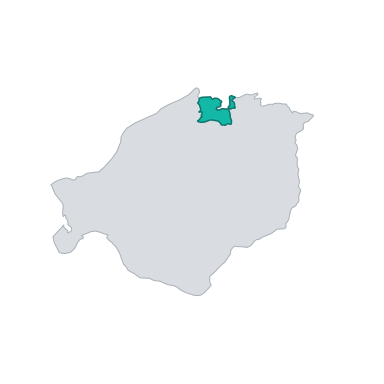 Romania, with Mehedinti highlighted, rotated 145°
{"feature_id": "ROU-124", "entity_name": "Mehedinti", "entity_type": "County", "adm_level": 1, "iso_a3": "ROU", "parent_name": "Romania", "parent_adm1": "", "projection": "equal_earth", "projection_center": [22.715, 44.596], "detail": "fine", "context": "in_parent", "style": "filled", "palette": "teal", "viewbox_px": 384, "rotation_deg": 145, "n_neighbors": 0, "source": "natural_earth", "source_scale": "10m", "svg_char_len": 5908}
<svg xmlns="http://www.w3.org/2000/svg" viewBox="0 0 384 384"><g transform="rotate(145 192 192)"><path d="M289.9,211.1L293.2,215.2L297.3,217.4L306.8,219.6L307.6,219.4L307.7,218.9L307.0,218.4L306.9,217.6L307.3,216.7L308.6,216.6L310.8,217.4L314.8,216.2L320.6,213.0L326.1,212.3L331.1,214.3L333.8,216.5L335.5,218.6L335.1,221.3L334.8,222.9L333.8,229.7L332.9,232.2L331.6,235.1L316.2,238.4L317.1,236.8L316.7,234.0L315.9,231.8L317.3,229.9L313.8,229.1L312.3,230.2L311.2,232.1L312.4,236.4L310.8,238.7L310.2,240.1L310.2,243.2L309.2,244.6L309.1,246.1L311.6,245.7L310.5,248.4L306.1,253.6L304.5,256.8L305.3,269.2L303.5,276.6L303.4,278.8L298.4,278.9L296.9,278.7L292.2,277.6L286.8,275.6L283.6,271.8L281.6,269.0L277.1,270.3L276.3,269.9L275.0,268.6L271.6,267.7L267.5,267.7L258.0,262.7L257.0,261.9L249.7,262.7L238.8,265.2L230.4,268.2L221.9,273.7L218.4,277.8L214.4,280.0L208.6,281.7L198.2,281.1L187.4,279.0L175.8,276.7L169.6,278.0L161.1,277.0L148.3,274.4L138.8,273.6L129.4,275.1L127.9,273.9L127.5,272.6L127.9,270.6L129.2,269.0L131.5,267.9L132.6,266.6L132.8,265.4L130.2,263.5L125.0,260.8L122.9,259.1L122.3,258.6L122.2,257.1L121.1,255.9L119.1,255.1L117.5,253.5L116.4,251.2L116.7,249.1L118.3,247.1L120.3,246.2L122.7,246.4L123.8,245.9L123.4,244.5L120.9,242.7L116.5,240.5L112.1,241.7L107.5,246.2L104.2,247.0L102.2,243.9L98.6,242.1L93.4,241.5L90.3,240.3L89.1,238.5L86.9,237.2L81.9,235.7L81.8,234.3L82.6,234.0L84.4,233.9L86.8,233.6L87.2,232.8L87.2,232.1L85.3,231.2L83.5,230.5L82.5,229.9L81.9,229.2L81.7,228.5L82.3,228.0L83.0,228.0L83.8,227.6L84.2,225.9L85.3,224.5L86.0,224.0L85.9,223.0L85.2,222.1L84.2,221.3L82.7,220.8L78.0,219.4L75.6,217.4L74.1,217.3L71.8,216.2L69.4,214.5L67.2,212.0L64.9,210.5L64.3,209.8L64.3,209.2L64.7,208.5L64.7,207.8L64.1,205.4L64.6,202.8L64.5,200.5L64.5,199.4L64.0,199.1L63.6,199.4L63.0,199.9L62.5,200.0L60.8,198.2L58.7,194.7L57.2,193.5L54.4,191.9L52.0,190.6L50.3,187.6L48.5,185.4L49.7,184.4L56.6,183.1L59.8,184.4L61.2,183.9L62.6,182.9L63.4,182.0L63.5,181.1L64.2,180.0L66.6,179.5L72.7,180.2L75.1,178.6L76.1,177.8L76.6,175.9L77.3,174.4L79.5,173.6L79.5,172.2L79.1,170.7L80.4,167.3L81.2,166.0L82.5,165.5L84.0,164.4L86.6,162.2L86.0,160.3L86.5,158.9L89.2,155.5L91.3,152.2L91.3,150.5L91.6,149.1L93.4,147.5L95.3,145.4L97.9,139.0L98.8,138.0L100.4,136.7L101.7,135.5L101.8,131.3L103.0,130.1L105.2,128.8L107.4,126.6L109.1,124.0L110.5,122.8L112.3,122.5L114.3,121.4L116.5,121.1L118.6,121.6L120.0,121.3L122.0,120.1L127.2,115.3L128.0,114.4L129.1,113.7L133.3,112.1L134.3,110.5L135.8,109.0L137.7,109.1L143.8,112.8L150.4,112.5L151.6,112.7L151.9,112.7L152.7,113.0L161.5,114.8L162.8,114.6L163.2,114.5L166.7,116.0L169.8,115.8L172.8,114.7L175.8,114.4L178.7,115.0L180.8,117.1L186.4,121.5L188.1,123.2L190.7,122.9L193.5,122.1L196.3,119.1L205.0,115.8L211.7,115.0L218.2,113.6L225.8,112.7L227.9,109.9L229.1,108.1L229.8,104.6L233.9,103.6L237.7,102.9L239.1,102.5L241.9,102.3L244.1,102.6L247.5,104.3L249.9,106.5L250.9,108.2L253.0,110.6L255.2,113.9L257.7,118.4L258.3,120.7L259.2,123.2L261.1,126.2L264.5,129.5L265.0,130.1L266.6,132.5L269.7,137.7L272.2,139.7L274.4,142.0L275.5,144.3L277.1,146.4L280.8,149.1L283.8,151.6L286.4,158.8L288.1,162.1L289.2,164.7L288.9,169.8L289.6,172.0L288.4,176.1L286.2,184.2L285.8,190.7L286.4,194.2L286.5,196.4L287.1,197.9L287.9,200.8L288.1,203.4L287.2,204.2L286.0,204.8L285.5,205.3L286.7,206.5L288.3,208.7L289.9,211.1Z" fill="#d9dde1" stroke="#a8b0b8" stroke-width="1"/><path d="M132.2,264.5L131.5,264.3L130.1,264.1L129.0,263.6L122.5,259.4L122.4,259.4L122.3,258.8L122.4,256.9L122.1,256.4L121.6,256.1L120.3,256.0L119.1,255.5L118.1,254.6L117.3,253.6L116.8,252.5L116.7,252.2L116.8,251.5L116.8,251.2L116.6,251.0L116.0,250.4L115.9,250.1L115.9,249.6L116.0,249.0L116.1,248.7L116.3,248.5L116.6,248.4L117.7,248.4L118.1,248.2L118.3,247.8L118.4,247.1L118.6,246.5L119.1,246.1L119.7,245.9L120.3,245.9L120.9,246.1L122.1,246.8L122.7,247.0L123.3,246.9L124.0,246.6L124.5,246.1L124.7,245.4L123.2,243.8L122.7,243.5L120.3,243.2L119.3,242.7L118.2,241.9L116.1,239.8L115.7,239.5L115.1,239.4L114.4,239.4L114.0,239.6L113.0,240.7L112.4,241.0L111.1,241.3L110.7,241.6L110.5,242.2L107.0,248.1L106.6,248.4L105.9,248.6L105.2,248.5L104.5,248.3L104.0,247.8L103.7,246.6L103.4,246.4L103.0,246.2L102.7,245.9L102.6,245.6L102.5,245.1L102.4,244.8L103.2,244.7L104.1,244.6L104.5,244.6L105.2,244.8L105.6,244.8L105.9,244.8L106.3,244.6L106.5,244.3L106.7,243.8L106.6,243.3L106.5,242.8L106.3,242.1L106.2,241.6L106.3,241.1L106.4,240.6L106.6,240.0L106.9,239.4L107.6,238.3L107.9,237.7L108.1,237.1L108.1,236.8L108.1,236.5L108.3,236.3L108.8,236.2L109.1,236.3L109.4,236.4L110.4,237.4L110.6,237.6L110.9,237.6L111.2,237.7L112.2,237.7L112.4,237.7L112.7,237.8L112.9,238.0L113.1,238.4L113.2,238.6L113.4,238.7L113.8,238.7L114.2,238.7L114.5,238.4L114.8,238.0L115.1,237.1L115.6,235.2L116.4,233.4L117.7,231.5L118.0,230.5L118.2,229.9L118.3,229.4L118.3,229.0L118.4,228.5L118.7,227.9L119.6,226.5L120.9,225.2L122.1,225.7L123.4,227.3L124.0,227.6L124.4,227.7L125.9,227.5L126.5,227.6L126.8,227.8L127.1,228.0L127.4,228.3L127.7,228.7L128.2,229.2L129.0,229.6L129.3,229.9L129.5,230.3L129.5,230.6L129.3,231.0L129.2,231.6L129.2,232.0L129.3,232.4L129.5,233.0L129.5,233.4L129.7,234.2L129.8,234.7L129.9,235.1L132.7,238.0L135.0,240.0L135.7,240.5L136.3,240.7L141.6,242.1L142.3,242.5L144.3,243.7L146.0,245.3L146.3,245.7L146.8,246.7L146.4,247.1L144.7,247.0L143.9,247.2L143.4,247.4L143.1,247.6L141.2,247.7L140.7,247.9L140.7,248.0L140.9,248.1L141.2,248.2L141.3,248.3L140.7,249.0L140.3,249.5L139.9,250.0L139.4,250.2L138.8,250.4L138.6,250.6L138.4,250.8L138.4,251.1L138.2,252.0L138.2,252.3L138.3,252.5L138.5,252.7L138.9,252.7L139.5,252.8L139.8,252.9L140.0,253.0L140.3,253.4L140.3,253.6L140.1,253.7L139.5,253.6L139.1,253.6L137.5,254.5L137.2,254.9L137.0,255.4L136.9,256.1L136.7,257.1L136.6,257.4L136.0,258.7L135.9,259.1L136.0,259.6L136.2,260.3L136.3,260.8L136.3,261.2L136.2,261.7L135.9,261.9L135.6,261.8L134.7,262.1L132.2,264.5L132.2,264.5Z" fill="#14b8a6" stroke="#0f766e" stroke-width="1.5"/></g></svg>